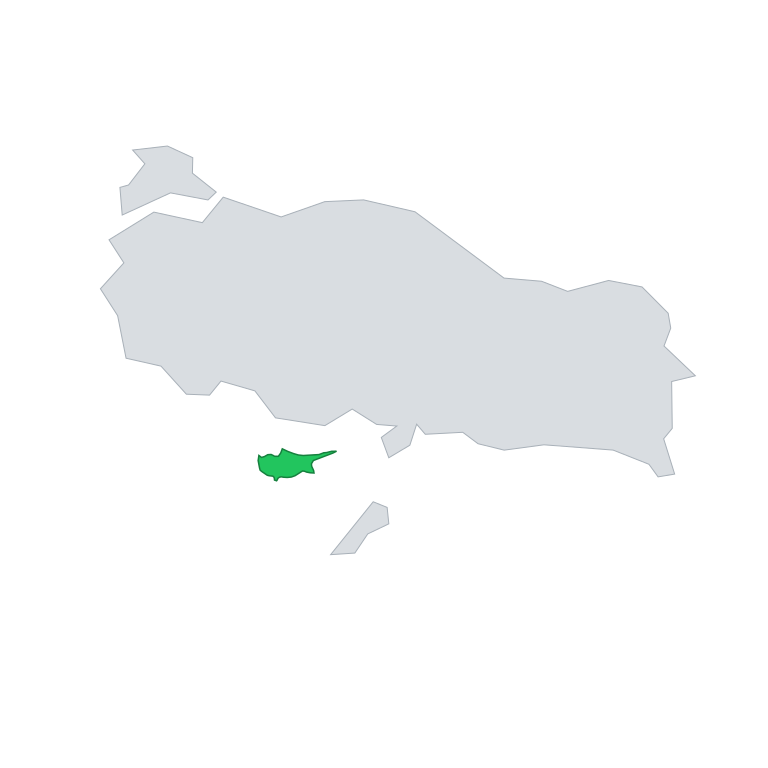 Cyprus shown with its bordering countries, rotated 14°
{"feature_id": "CYP", "entity_name": "Cyprus", "entity_type": "country or territory", "adm_level": 0, "iso_a3": "CYP", "parent_name": "Asia", "parent_adm1": "", "projection": "robinson", "projection_center": [33.299, 35.116], "detail": "fine", "context": "with_neighbors", "style": "filled", "palette": "green", "viewbox_px": 768, "rotation_deg": 14, "n_neighbors": 2, "source": "natural_earth", "source_scale": "50m", "svg_char_len": 1679}
<svg xmlns="http://www.w3.org/2000/svg" viewBox="0 0 768 768"><g transform="rotate(14 384 384)"><path d="M396.6,555.1L373.5,562.5L402.0,500.9L416.9,503.0L422.5,518.5L404.5,533.4L396.6,555.1Z" fill="#d9dde1" stroke="#a8b0b8" stroke-width="1"/><path d="M687.8,401.1L672.4,407.8L660.5,397.8L622.3,392.7L553.9,404.3L516.6,419.1L489.7,419.2L472.1,411.8L436.2,422.8L425.4,415.1L423.9,437.1L406.5,454.4L394.3,436.5L406.6,421.7L386.6,425.0L359.2,416.0L336.7,438.7L286.9,443.1L260.4,421.9L225.1,420.6L217.4,437.0L194.7,441.7L163.3,420.6L127.5,421.4L109.0,382.1L85.8,360.2L102.3,329.4L82.3,310.6L119.1,272.9L168.7,271.4L182.8,241.6L243.8,246.8L282.4,221.4L319.7,210.3L372.4,209.4L474.8,252.2L512.0,246.2L539.8,249.7L576.9,229.2L610.9,227.4L642.6,246.6L648.7,260.4L646.5,279.4L684.1,300.7L662.5,312.0L674.4,357.3L668.6,369.5L687.8,401.1ZM83.5,217.8L116.3,205.5L143.7,210.7L147.1,225.8L174.8,238.4L168.7,248.0L130.6,250.2L89.1,283.4L80.2,257.1L88.0,252.7L98.7,228.2L83.5,217.8Z" fill="#d9dde1" stroke="#a8b0b8" stroke-width="1"/><path d="M336.7,485.1L337.6,487.3L333.9,488.0L330.1,488.2L328.0,487.9L326.0,488.1L319.9,494.5L316.6,496.7L312.7,498.1L308.8,498.8L306.8,498.9L305.0,499.8L303.8,501.3L303.7,502.7L303.2,503.9L301.0,503.7L300.1,501.3L298.5,500.3L294.7,500.8L292.8,500.8L286.6,498.5L284.7,497.6L283.6,495.7L280.4,488.7L279.9,483.6L282.9,484.9L285.6,483.3L288.3,480.7L291.5,479.7L293.5,480.1L295.4,480.6L299.0,479.7L300.5,475.9L301.0,471.5L307.0,472.7L313.1,473.4L318.1,473.6L323.0,472.9L338.0,468.2L342.2,465.3L344.9,464.4L349.4,462.0L354.2,460.7L351.1,463.4L334.0,475.3L332.9,478.9L333.7,481.3L336.1,484.3L336.7,485.1Z" fill="#22c55e" stroke="#15803d" stroke-width="1.5"/></g></svg>